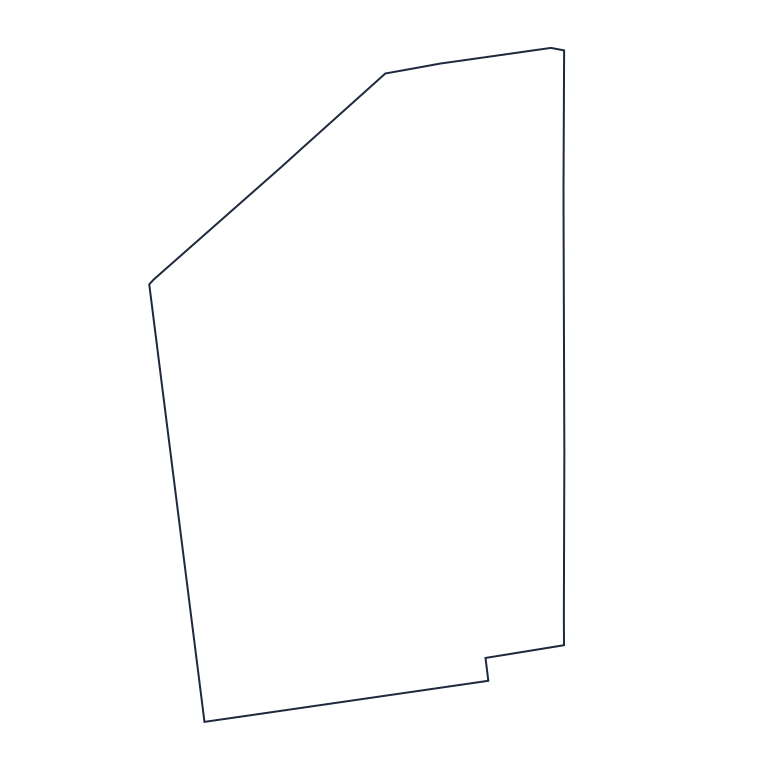 Ripley, Indiana, United States of America (Equal Earth projection), rotated 352°
{"feature_id": "52423323B48064800359713", "entity_name": "Ripley", "entity_type": "district", "adm_level": 2, "iso_a3": "USA", "parent_name": "United States of America", "parent_adm1": "Indiana", "projection": "equal_earth", "projection_center": [-85.227, 39.112], "detail": "fine", "context": "isolated", "style": "outline", "palette": "slate", "viewbox_px": 768, "rotation_deg": 352, "n_neighbors": 0, "source": "geoboundaries", "source_scale": "gbopen_adm2", "svg_char_len": 366}
<svg xmlns="http://www.w3.org/2000/svg" viewBox="0 0 768 768"><g transform="rotate(352 384 384)"><path d="M165.4,252.6L159.2,693.6L446.0,692.4L446.4,669.4L525.9,667.7L529.8,638.9L552.8,478.8L586.1,236.0L589.6,211.0L608.8,78.7L596.1,74.4L484.6,74.5L428.5,76.7L335.4,139.3L313.3,154.3L170.9,248.2L165.4,252.6Z" fill="none" stroke="#1e293b" stroke-width="2"/></g></svg>